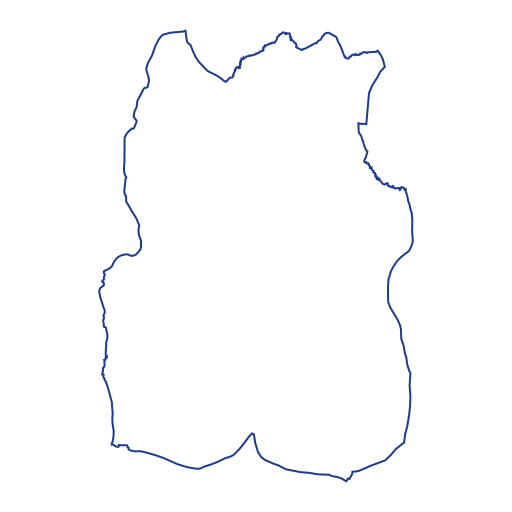 Nong Bun Mak, Nakhon Ratchasima, Thailand
{"feature_id": "78962969B63002295822353", "entity_name": "Nong Bun Mak", "entity_type": "district", "adm_level": 2, "iso_a3": "THA", "parent_name": "Thailand", "parent_adm1": "Nakhon Ratchasima", "projection": "natural_earth1", "projection_center": [102.371, 14.724], "detail": "fine", "context": "isolated", "style": "outline", "palette": "blue", "viewbox_px": 512, "rotation_deg": 0, "n_neighbors": 0, "source": "geoboundaries", "source_scale": "gbopen_adm2", "svg_char_len": 5914}
<svg xmlns="http://www.w3.org/2000/svg" viewBox="0 0 512 512"><path d="M185.5,30.7L182.9,31.6L170.2,32.7L162.7,34.8L161.3,36.1L158.5,39.8L155.4,45.9L151.9,55.8L148.1,62.7L146.4,67.9L146.3,69.8L148.6,77.6L149.0,80.8L147.8,86.3L147.4,87.2L146.7,87.6L144.9,87.9L143.8,88.6L143.4,89.4L137.4,100.9L136.6,107.2L134.4,111.8L133.8,114.8L133.7,116.8L136.6,120.7L136.7,121.4L134.1,127.9L133.2,128.7L131.5,128.6L130.6,129.8L129.0,131.0L126.6,133.8L124.6,137.5L124.4,163.0L124.1,165.5L124.0,170.1L124.3,172.8L125.2,175.5L126.4,177.4L125.5,179.2L124.2,191.8L125.2,195.2L125.6,195.4L126.1,197.1L126.2,201.5L126.5,202.0L129.8,207.5L131.4,210.6L136.6,218.8L138.4,223.5L139.2,224.7L138.5,230.1L138.7,233.2L139.2,235.8L141.0,240.5L141.0,245.7L140.9,247.5L140.1,250.1L135.7,254.8L133.3,255.7L130.9,255.8L128.2,254.5L125.7,254.3L120.9,255.5L117.8,257.3L116.4,258.7L114.0,261.8L111.6,266.8L108.5,269.0L105.2,270.5L104.5,271.4L103.9,271.4L103.8,273.2L104.7,274.2L104.9,274.9L104.0,276.5L103.9,279.3L103.6,279.9L102.3,280.8L102.1,281.4L102.4,281.9L103.6,282.5L104.0,284.8L103.3,285.8L100.5,287.8L99.7,289.0L99.2,291.3L100.1,296.7L103.6,307.6L104.6,309.9L104.8,312.4L103.5,315.4L104.0,317.3L103.8,318.8L103.3,319.6L103.2,321.1L103.7,323.4L103.9,326.7L105.5,327.2L105.9,327.8L107.5,335.6L107.3,338.3L106.2,342.3L106.1,344.0L106.3,345.8L106.0,347.3L105.7,352.7L105.8,355.4L106.9,355.8L106.9,357.6L105.6,357.5L105.5,359.7L104.1,360.0L104.4,360.9L104.6,365.6L103.7,367.6L103.0,367.9L102.8,372.0L102.1,374.4L103.6,374.7L103.2,376.8L104.3,378.4L104.6,379.9L105.7,381.3L107.9,387.5L111.8,402.1L112.7,413.8L112.3,417.8L112.5,423.1L113.7,431.2L113.5,436.5L112.6,441.7L111.9,443.1L111.7,444.7L113.6,444.7L114.7,445.8L116.2,446.6L118.4,446.9L119.0,445.0L123.1,445.4L124.6,445.0L127.3,445.5L127.3,446.7L128.7,448.0L128.4,449.0L129.8,450.3L135.0,451.4L140.4,451.2L145.0,452.2L155.8,455.3L163.5,458.0L177.8,464.3L187.4,467.2L195.9,468.7L200.1,468.6L204.6,466.5L212.0,464.1L217.1,462.1L225.0,458.3L230.1,456.7L233.5,455.0L238.9,449.6L242.7,445.1L249.3,436.2L252.0,433.4L253.9,434.4L255.2,442.8L258.0,452.2L261.3,457.2L264.9,459.9L273.3,463.6L278.4,465.4L285.7,469.2L300.1,472.1L308.8,472.8L318.5,474.4L329.0,474.7L332.3,476.2L337.5,477.0L341.1,478.3L346.3,481.3L348.2,478.4L349.4,478.9L352.2,474.0L352.4,471.7L355.8,471.5L359.4,470.7L370.6,465.8L385.1,460.4L390.7,455.1L395.8,449.1L402.8,443.5L404.1,442.8L405.1,434.4L407.4,425.6L409.3,413.6L410.1,405.0L410.4,396.2L409.6,385.5L410.4,373.1L409.4,371.3L407.4,365.2L406.2,357.1L404.9,353.4L403.6,345.7L401.3,338.9L400.9,328.8L400.0,325.2L397.6,319.7L390.7,308.3L388.4,302.8L388.1,301.1L388.0,285.7L388.5,279.1L391.0,271.2L392.4,268.3L396.1,262.4L399.1,258.9L403.2,255.3L408.3,251.5L409.5,250.2L411.9,244.8L412.5,242.8L412.8,240.2L412.1,231.0L412.3,220.8L411.8,213.2L410.7,210.3L409.4,204.3L408.4,201.8L407.2,195.8L405.5,190.3L405.9,189.3L405.4,189.0L404.4,189.5L403.9,187.8L401.5,187.1L401.1,187.4L401.0,188.4L399.9,188.8L400.1,189.9L399.7,190.1L399.5,189.8L399.3,188.3L398.7,187.9L395.0,188.6L394.3,187.4L392.7,187.5L393.0,186.4L392.7,186.0L391.5,186.8L390.4,187.0L389.6,186.2L387.8,185.6L387.7,183.3L386.4,183.3L384.8,184.5L384.1,184.4L382.4,183.6L380.8,181.2L379.0,180.0L379.1,179.5L379.6,179.1L379.6,178.8L378.3,178.6L377.8,177.7L377.4,178.1L377.4,179.3L376.8,179.1L376.4,178.1L376.7,177.3L376.2,175.9L375.5,176.5L375.1,176.3L375.3,173.7L375.1,173.1L373.6,172.7L373.3,172.1L373.6,170.9L372.4,170.3L371.8,169.0L371.0,168.7L371.4,167.5L369.9,167.8L370.0,166.2L368.7,165.3L369.0,164.3L368.8,163.7L368.1,163.2L366.9,163.5L366.1,162.1L364.8,162.4L364.4,162.0L364.3,160.2L366.0,157.1L366.4,154.9L367.1,153.2L367.4,151.2L366.6,150.7L365.4,148.7L364.4,146.1L361.3,136.2L359.2,133.2L358.7,132.1L358.4,123.3L361.5,123.9L365.2,123.8L366.3,124.2L369.0,93.1L372.3,85.4L377.6,76.9L380.3,71.7L384.8,66.9L382.9,59.4L380.9,55.2L377.7,50.7L376.2,51.8L367.8,52.3L367.2,52.9L366.1,52.9L365.7,52.3L363.5,52.1L361.9,53.4L361.2,53.4L360.7,54.0L360.1,53.8L360.1,54.3L359.6,54.7L358.3,55.0L357.9,54.7L356.9,55.0L356.4,54.9L356.1,54.2L355.4,54.3L354.6,55.2L353.6,54.4L351.5,55.4L351.0,56.5L349.9,56.5L348.8,58.4L347.8,58.6L346.0,58.1L345.5,57.7L345.4,56.8L344.7,56.9L344.4,56.2L340.5,46.1L337.8,41.2L336.8,38.0L335.9,36.8L328.8,32.8L326.8,32.9L324.6,33.8L322.7,36.4L322.3,36.5L321.5,38.3L320.4,39.8L317.8,41.2L316.6,43.2L315.4,43.1L306.4,48.0L304.3,48.9L303.1,48.9L302.4,50.0L301.7,50.0L296.2,47.3L296.1,46.9L296.7,45.5L296.0,44.6L295.9,43.4L294.9,43.1L294.4,42.2L292.9,41.0L291.9,39.6L291.1,40.2L290.6,40.1L290.5,39.2L291.1,37.4L289.8,36.7L290.2,35.3L289.5,33.4L288.7,33.6L288.0,33.3L287.2,33.6L286.7,33.2L286.1,34.0L285.5,34.1L285.3,33.8L285.6,33.6L285.5,33.1L285.0,33.1L283.8,32.4L282.4,32.6L281.2,34.0L280.5,34.0L280.3,34.4L279.2,34.8L278.8,36.0L277.4,36.8L277.0,38.2L277.0,39.1L274.7,42.6L274.2,42.4L273.4,42.9L272.2,42.6L271.6,43.3L270.6,43.2L269.7,44.1L269.0,44.0L267.9,44.4L267.1,45.3L265.9,45.3L265.4,45.8L265.0,45.4L264.6,46.0L264.8,46.7L263.9,46.8L263.3,47.7L263.3,48.5L263.6,48.9L263.0,49.3L262.8,50.1L263.1,50.6L259.8,51.7L259.6,52.4L258.2,52.8L258.0,53.2L257.2,53.6L256.2,53.4L256.0,54.1L255.0,54.3L254.7,54.7L252.5,55.0L251.8,55.5L251.4,55.3L250.6,55.4L249.8,56.0L249.2,55.5L248.5,56.1L246.8,56.4L246.6,56.8L245.9,56.8L245.6,57.4L244.7,57.6L244.0,58.5L243.5,57.7L243.2,58.8L242.8,59.0L242.6,58.6L242.1,58.9L241.6,58.7L241.7,59.6L240.5,60.3L240.6,60.7L241.1,61.0L241.0,61.9L240.6,62.1L240.6,62.7L240.1,62.6L239.9,63.0L239.9,64.3L240.6,64.9L239.5,66.3L239.6,67.2L240.0,67.6L239.9,67.9L239.2,67.7L238.8,68.1L238.4,67.8L238.3,67.1L237.4,66.9L236.8,67.7L235.8,68.1L235.8,69.0L235.3,69.4L235.4,69.9L234.7,70.3L235.0,71.1L233.2,74.4L233.6,75.4L232.9,76.3L232.8,76.9L232.1,77.6L229.9,77.6L226.7,81.0L226.5,81.6L225.8,81.7L225.2,81.3L224.6,81.4L220.1,77.7L216.4,75.4L208.5,71.5L207.0,70.4L199.1,62.1L195.5,56.9L193.0,51.4L190.5,45.0L187.5,42.6L186.5,38.9L185.5,30.7Z" fill="none" stroke="#1e3a8a" stroke-width="2"/></svg>